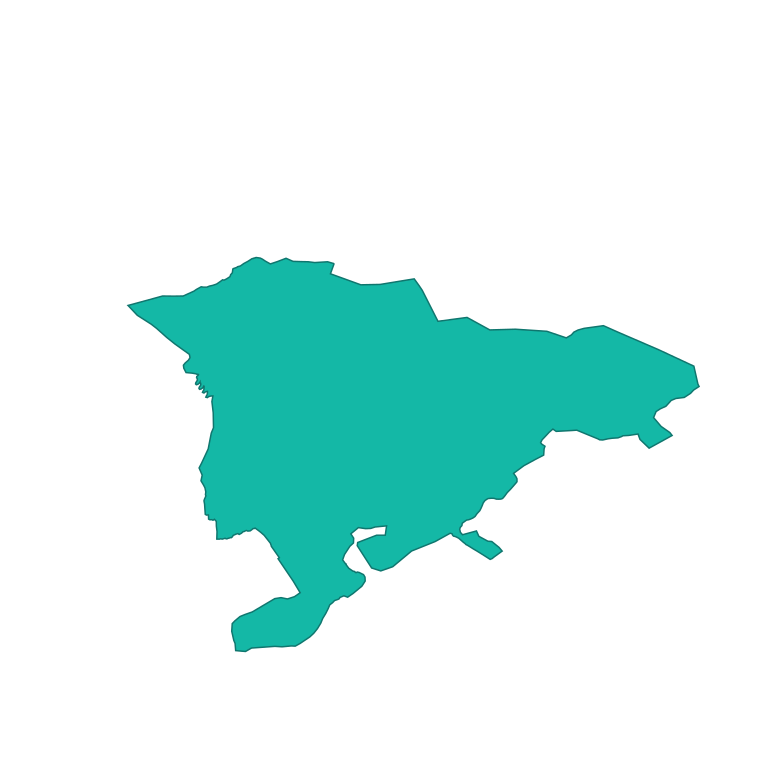 the district of Birnin Kudu, Jigawa, Nigeria, rotated 57°
{"feature_id": "59680162B7272699675434", "entity_name": "Birnin Kudu", "entity_type": "district", "adm_level": 2, "iso_a3": "NGA", "parent_name": "Nigeria", "parent_adm1": "Jigawa", "projection": "equal_earth", "projection_center": [9.426, 11.485], "detail": "fine", "context": "isolated", "style": "filled", "palette": "teal", "viewbox_px": 768, "rotation_deg": 57, "n_neighbors": 0, "source": "geoboundaries", "source_scale": "gbopen_adm2", "svg_char_len": 4898}
<svg xmlns="http://www.w3.org/2000/svg" viewBox="0 0 768 768"><g transform="rotate(57 384 384)"><path d="M526.8,653.6L530.6,648.8L532.9,645.8L533.3,638.9L544.6,618.4L548.9,612.6L553.2,604.4L555.5,601.2L555.9,595.7L555.7,583.9L554.8,578.7L552.9,573.0L550.1,567.2L547.3,563.2L544.7,557.8L542.0,553.2L539.7,549.8L539.4,546.2L538.7,543.4L539.6,539.8L539.7,538.4L539.0,537.3L539.8,533.0L543.0,530.6L542.8,523.8L541.5,512.6L539.0,507.1L535.6,505.1L532.7,505.0L528.5,507.5L527.1,508.9L527.1,509.9L526.5,510.6L525.3,510.7L523.8,512.1L519.3,513.9L514.8,514.2L514.5,513.8L513.5,514.2L509.0,514.5L505.5,510.0L501.5,501.0L500.7,496.2L496.8,493.4L491.6,493.4L490.5,483.7L495.3,478.2L497.9,473.8L499.1,469.3L504.4,459.1L511.5,465.3L506.8,472.5L502.6,492.4L505.0,494.5L531.6,494.6L539.0,488.5L542.0,476.2L539.1,451.8L544.0,426.9L545.2,409.8L546.7,408.5L548.0,408.8L549.4,408.6L550.3,407.7L551.6,406.7L554.1,405.3L560.2,403.6L561.7,403.0L563.3,402.7L564.8,401.8L567.3,400.6L570.8,399.0L574.8,397.0L578.2,395.4L584.7,392.4L588.9,390.5L589.3,388.4L589.0,385.5L588.5,375.9L583.7,376.5L574.8,379.4L572.4,382.5L563.4,387.4L557.6,386.5L553.2,400.2L550.0,400.7L547.0,399.6L545.8,398.1L545.2,395.8L543.4,394.2L543.1,388.9L544.0,386.8L544.5,384.5L544.8,382.3L544.7,379.8L543.4,376.6L542.4,372.6L541.0,370.2L539.3,367.6L537.8,365.6L536.7,362.7L536.7,359.2L538.2,356.3L539.8,354.0L541.7,352.5L543.1,350.5L544.2,348.6L544.6,346.9L543.9,344.3L542.2,339.8L541.1,334.9L539.0,327.5L538.4,325.7L535.9,324.1L533.5,323.8L529.5,324.0L528.7,311.1L529.1,306.0L529.7,298.1L530.6,288.8L525.5,285.0L523.9,282.9L520.4,284.4L518.5,284.6L516.9,281.8L515.9,277.6L514.4,271.6L513.8,266.9L517.5,265.4L525.2,252.0L527.7,247.5L546.5,234.5L548.3,233.5L550.1,231.0L552.0,225.9L553.8,222.1L556.6,217.1L557.5,213.3L557.5,211.9L560.4,206.8L563.0,201.1L564.3,198.2L569.9,199.5L582.2,196.6L584.1,170.4L580.4,170.7L570.5,174.7L559.0,176.2L555.3,170.8L555.3,165.8L556.2,159.6L554.2,152.1L555.1,147.1L558.8,139.5L558.8,132.0L557.7,127.6L557.7,121.1L555.1,120.8L537.8,114.4L505.0,134.9L467.7,159.7L454.6,168.2L446.3,185.9L444.4,191.9L443.9,196.5L444.9,200.1L444.6,206.0L428.5,218.7L409.6,244.0L396.3,265.8L373.4,278.1L360.8,304.6L326.3,300.9L320.6,301.0L312.3,301.4L306.2,315.2L298.4,333.0L288.2,349.4L262.4,368.9L256.1,360.6L255.6,360.6L255.4,360.7L255.4,360.8L255.1,361.0L250.8,364.7L244.4,376.0L240.2,381.0L236.2,386.9L231.6,393.5L225.2,397.7L223.3,406.6L221.4,413.9L216.5,416.5L213.0,418.0L211.0,419.2L208.3,422.3L208.2,422.4L208.2,422.5L208.2,422.8L208.1,423.0L208.0,423.3L208.0,423.5L207.9,423.6L207.9,423.8L207.8,424.0L207.8,424.3L207.7,424.4L207.7,424.5L207.6,424.8L207.5,425.0L207.5,425.3L207.4,425.3L207.4,425.5L207.3,425.8L207.2,425.9L207.2,426.0L207.1,426.3L207.0,426.5L207.0,431.3L206.6,436.0L206.8,440.2L205.9,442.9L206.0,444.0L205.9,444.6L205.4,446.5L205.1,447.7L205.3,448.2L208.1,450.6L208.8,453.1L210.1,454.7L210.1,458.8L209.8,461.6L208.7,462.6L208.9,465.8L209.0,470.0L208.0,473.9L206.8,477.1L206.3,479.8L204.4,482.7L202.9,484.4L202.5,489.9L202.6,492.8L200.8,504.7L200.7,504.7L195.8,512.5L189.6,521.8L182.5,544.1L178.7,555.9L192.0,553.5L207.2,546.6L213.6,544.4L226.5,540.9L236.5,537.6L253.1,531.1L255.0,531.8L256.3,532.4L257.5,535.1L258.1,539.3L259.0,542.0L261.7,543.3L266.6,543.8L270.4,539.0L273.0,536.2L273.9,535.6L274.6,534.6L275.2,534.5L275.5,535.0L275.7,536.9L276.7,537.8L277.8,537.6L278.3,538.0L279.1,538.4L279.7,539.6L280.4,541.1L281.3,542.0L282.4,541.8L282.9,540.3L282.7,538.4L282.2,537.3L282.5,537.5L283.5,537.3L284.1,537.7L284.9,538.1L285.5,539.3L286.1,540.8L287.1,541.7L288.1,541.5L288.6,540.0L288.5,538.1L287.6,536.2L287.9,536.1L289.6,537.3L290.9,538.4L291.4,539.7L292.2,540.8L293.5,539.9L293.3,538.3L293.8,536.5L294.0,536.1L295.4,537.0L296.6,538.1L297.2,539.4L298.0,540.6L299.2,539.6L299.1,538.0L299.6,536.2L300.6,534.3L300.8,534.0L305.0,537.9L315.1,542.9L327.8,550.8L331.1,555.6L342.7,566.8L348.4,575.9L350.9,579.9L353.7,584.8L361.4,586.1L365.5,590.2L370.5,590.4L373.5,590.7L377.4,592.2L379.7,594.1L380.8,594.3L381.8,595.7L382.8,597.3L383.9,598.6L387.0,599.9L396.0,604.9L397.2,604.3L398.2,602.6L401.8,604.7L403.0,604.0L404.0,602.3L405.1,601.6L405.1,599.9L407.7,599.5L407.9,599.5L411.9,602.0L416.8,604.4L423.0,608.7L424.5,606.5L424.8,605.4L426.0,604.1L426.4,602.8L426.8,601.3L427.9,600.7L428.4,599.8L428.5,598.7L428.8,598.2L429.2,596.4L429.7,595.9L429.6,594.5L428.8,592.8L429.1,591.5L429.3,589.9L429.9,588.0L430.6,587.7L431.3,587.4L431.5,585.1L431.4,584.0L431.1,582.7L431.5,581.8L431.8,579.3L433.2,578.3L434.3,576.2L434.2,574.3L433.9,572.5L434.5,571.8L434.6,570.6L438.2,569.2L441.4,568.1L445.7,566.9L455.6,566.0L458.1,566.6L458.7,566.9L461.3,566.8L472.7,566.4L472.8,568.0L499.8,567.5L513.4,568.0L513.6,574.9L511.7,582.0L507.1,586.7L504.5,592.5L503.4,618.7L501.6,626.1L500.6,631.4L501.4,638.0L502.3,641.8L508.5,646.4L517.2,649.6L518.3,649.8L520.5,650.2L526.8,653.6Z" fill="#14b8a6" stroke="#0f766e" stroke-width="1.5"/></g></svg>